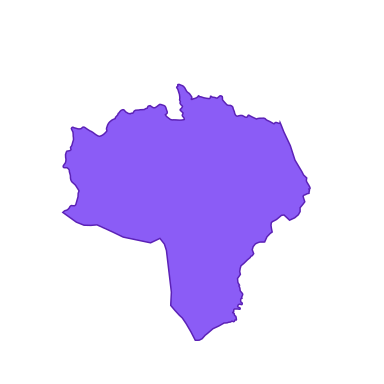 Xiengkhor, Houaphan, Laos (Equal Earth projection), rotated 320°
{"feature_id": "54806243B48324758526346", "entity_name": "Xiengkhor", "entity_type": "district", "adm_level": 2, "iso_a3": "LAO", "parent_name": "Laos", "parent_adm1": "Houaphan", "projection": "equal_earth", "projection_center": [104.199, 20.825], "detail": "fine", "context": "isolated", "style": "filled", "palette": "violet", "viewbox_px": 384, "rotation_deg": 320, "n_neighbors": 0, "source": "geoboundaries", "source_scale": "gbopen_adm2", "svg_char_len": 6034}
<svg xmlns="http://www.w3.org/2000/svg" viewBox="0 0 384 384"><g transform="rotate(320 192 192)"><path d="M99.2,307.7L101.0,309.2L102.4,310.2L105.5,310.9L109.9,310.2L113.1,310.3L120.2,310.2L126.5,311.9L132.4,313.0L133.1,313.6L133.7,314.0L134.4,314.5L135.0,314.9L135.7,315.1L136.4,315.4L137.8,316.3L138.2,316.4L138.8,316.5L139.2,316.5L139.5,316.7L139.8,317.0L140.2,317.5L140.5,318.1L141.2,318.3L141.6,318.2L142.2,317.9L142.5,317.7L142.8,317.8L143.6,318.5L143.9,318.4L144.2,318.1L145.4,316.0L145.6,315.5L145.6,315.1L145.4,314.5L145.4,313.9L145.5,313.4L145.8,312.9L146.1,312.4L146.2,311.9L146.1,311.6L145.7,310.9L145.7,310.6L146.0,310.4L146.5,310.4L147.0,310.4L147.4,310.1L148.3,309.1L148.8,308.9L149.4,309.0L151.8,311.0L152.3,311.5L152.7,312.1L153.1,312.4L153.5,312.6L153.9,312.4L154.1,312.1L154.2,311.7L154.2,311.3L154.0,311.0L153.7,310.5L153.4,310.0L153.4,309.6L153.4,309.2L153.5,308.9L153.8,308.7L154.5,308.3L155.3,308.2L155.9,308.3L156.4,308.6L156.7,308.9L157.3,309.9L157.7,310.2L157.9,310.3L158.3,310.2L158.6,310.0L159.0,309.5L159.0,309.1L159.1,308.7L158.9,308.1L158.8,307.5L158.9,307.2L159.1,306.9L159.5,306.4L160.0,305.9L160.4,305.4L160.8,305.3L161.3,305.3L161.9,305.6L162.1,305.4L162.3,304.6L162.5,304.4L163.6,303.9L164.1,303.7L164.6,303.3L165.1,303.0L165.3,302.5L165.4,302.1L165.4,300.5L165.4,299.2L165.6,298.4L165.8,298.0L166.5,297.1L166.8,296.5L167.1,295.9L167.3,295.4L167.4,294.8L167.5,294.4L167.8,294.0L168.2,293.7L168.5,293.8L169.0,290.8L171.3,287.5L174.0,286.8L176.1,286.2L177.4,283.6L179.8,281.5L182.1,280.0L186.0,280.0L188.7,279.8L190.8,279.6L194.5,279.6L195.7,279.1L197.3,279.5L199.6,278.9L200.4,276.7L201.0,275.0L203.7,273.2L206.0,272.7L207.3,272.5L209.7,273.1L211.7,273.9L215.5,277.0L220.7,274.5L225.2,274.0L227.7,274.2L229.3,271.2L231.1,268.3L233.0,266.5L234.6,266.4L237.1,267.0L239.2,267.4L245.6,267.4L247.7,268.8L248.2,272.7L248.6,276.3L254.1,277.8L258.8,277.8L262.2,276.5L264.7,273.5L269.7,272.6L272.1,272.0L273.5,268.5L274.4,266.6L275.7,266.4L277.4,267.0L278.7,267.2L280.8,268.2L281.4,267.6L281.8,267.1L282.5,266.7L282.8,266.5L283.4,265.1L283.7,265.5L284.4,265.3L284.9,265.0L285.2,264.4L285.5,263.5L285.7,262.4L285.9,261.4L286.1,260.1L286.2,259.3L286.4,258.2L286.6,257.4L287.1,256.6L287.7,256.0L288.9,255.0L288.4,250.7L289.2,247.3L291.4,233.7L297.1,219.7L301.0,204.9L303.3,198.1L304.1,195.4L303.5,195.9L302.7,195.3L302.0,194.1L301.1,192.7L300.3,192.3L299.4,192.5L298.8,192.5L298.5,192.2L298.0,190.9L296.9,188.0L295.8,185.7L295.3,184.5L295.2,182.8L294.5,181.6L293.1,180.5L291.0,178.8L289.7,178.0L288.3,177.5L287.8,176.4L286.5,173.6L285.3,170.7L285.1,170.0L284.6,169.4L284.1,169.4L283.2,169.9L282.1,169.9L281.5,169.6L280.8,168.6L280.2,166.9L279.6,165.6L278.5,164.6L277.3,163.9L276.4,163.5L275.6,163.2L275.0,162.5L274.8,161.7L274.8,160.9L275.2,159.3L276.1,157.6L276.7,155.7L277.2,154.4L277.8,153.3L277.8,152.5L277.7,151.7L277.5,151.1L277.0,150.2L276.2,149.6L275.3,148.7L274.8,147.6L274.7,146.0L274.6,143.3L274.6,141.4L274.9,140.6L275.9,139.4L276.5,138.3L276.0,136.9L275.2,136.3L272.2,136.3L271.6,136.2L271.0,135.6L270.4,134.5L269.8,133.7L269.3,133.2L268.9,132.9L268.5,132.3L268.3,131.4L268.0,130.7L267.7,130.6L266.9,131.4L266.0,131.7L265.2,131.5L263.5,129.7L261.7,127.5L260.0,124.8L259.1,123.9L258.9,123.6L259.0,123.2L259.1,122.9L258.9,122.5L258.5,122.5L257.5,122.8L256.1,122.7L254.2,122.1L253.2,121.5L252.3,121.4L251.7,121.2L251.1,120.7L251.2,120.3L252.3,119.9L252.9,119.1L253.2,116.6L253.3,114.9L252.8,113.0L252.6,111.7L253.0,109.5L253.4,107.6L253.4,105.6L253.0,104.4L252.1,102.8L251.4,101.4L250.5,100.7L250.0,100.7L249.2,101.8L247.8,101.8L247.5,102.0L247.3,102.8L247.2,104.2L246.2,106.5L245.1,109.2L243.6,111.5L242.4,112.9L241.8,113.3L241.6,113.7L241.2,115.3L240.0,116.1L239.8,116.8L239.6,117.9L239.8,119.2L239.8,119.9L239.7,120.3L238.6,120.9L237.1,121.2L236.6,121.1L236.0,121.2L235.6,121.6L235.5,122.1L235.7,123.1L235.9,125.1L235.9,125.7L235.3,126.2L234.5,126.6L233.9,126.8L233.5,127.8L233.5,129.3L233.4,130.3L233.0,131.1L232.7,131.5L231.8,131.1L230.0,130.0L228.7,129.0L226.2,126.6L224.2,124.8L223.2,124.1L222.1,122.6L221.6,120.4L221.1,118.1L221.1,116.1L221.4,115.6L222.3,115.8L223.7,115.6L224.5,114.8L225.4,112.4L226.3,110.3L226.5,109.0L226.2,107.9L225.5,106.7L224.5,105.1L223.7,104.2L222.4,104.0L220.5,104.0L218.0,103.7L216.9,103.0L216.3,102.0L215.4,98.9L214.4,98.4L213.7,98.1L212.9,98.3L211.6,99.0L210.2,98.4L209.2,98.2L208.5,98.2L206.9,97.0L205.2,95.7L203.8,94.9L201.4,93.1L200.0,92.8L198.9,93.1L197.9,93.5L197.0,93.4L196.1,92.6L195.0,92.4L193.6,90.7L193.1,89.1L192.7,88.0L192.7,86.5L192.6,85.2L192.1,84.6L191.3,84.2L190.0,83.9L188.5,84.0L187.2,84.4L186.0,84.4L184.6,85.2L182.4,85.5L181.4,85.6L180.4,86.4L179.4,86.1L178.1,85.7L176.7,85.4L174.0,85.4L172.3,85.7L170.5,86.4L167.7,88.1L166.9,88.8L166.6,89.8L165.8,90.6L164.4,90.8L162.0,91.0L160.0,90.9L158.4,90.5L156.9,89.9L156.1,88.7L155.4,86.9L154.9,85.0L154.3,82.4L153.7,80.7L153.1,79.5L152.2,76.7L151.5,74.1L151.0,72.9L150.5,72.4L149.8,72.1L147.9,72.2L146.4,71.4L145.3,70.4L143.9,68.3L142.9,66.9L142.5,65.9L141.9,65.5L141.2,65.5L140.3,65.9L140.0,66.8L139.3,69.6L138.0,71.5L137.0,72.7L136.0,74.3L134.7,75.9L132.3,77.4L130.5,78.7L128.9,79.5L127.8,79.6L127.4,80.0L127.0,80.9L126.5,81.8L125.4,81.9L124.1,81.3L122.5,80.3L121.4,80.6L119.1,82.1L118.5,82.9L117.4,84.3L116.5,85.9L114.9,87.5L113.6,88.3L111.5,88.8L110.0,89.3L109.6,89.8L109.4,90.3L109.4,90.7L110.0,91.5L111.8,93.0L112.1,94.1L112.2,95.3L112.0,96.5L111.1,97.6L110.3,99.4L109.5,101.1L108.6,102.3L108.0,103.0L107.6,103.6L107.1,104.6L106.7,105.6L106.5,107.1L107.1,111.3L107.0,112.9L106.5,116.6L106.2,118.4L105.9,118.7L104.0,119.8L101.6,122.4L95.4,126.6L94.9,126.9L94.5,127.1L93.6,127.1L93.0,126.9L91.8,125.8L91.0,124.9L90.4,124.7L89.2,124.7L87.8,125.3L86.8,125.4L85.7,125.6L84.1,125.3L82.7,124.6L81.3,124.5L79.9,124.6L84.0,140.7L87.9,148.0L93.1,152.6L98.1,156.1L105.5,171.6L110.3,182.3L127.6,204.3L133.3,205.8L137.6,206.9L137.4,214.1L134.8,220.4L111.8,255.5L102.8,265.2L102.8,271.4L103.1,278.3L103.6,282.2L102.9,289.1L101.3,298.4L99.2,307.7Z" fill="#8b5cf6" stroke="#5b21b6" stroke-width="1.5"/></g></svg>